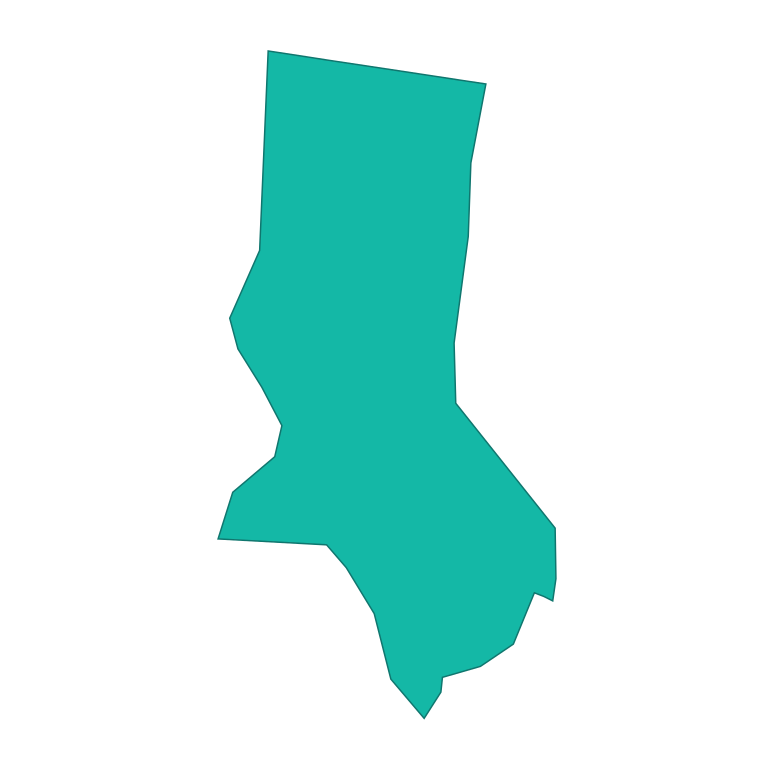 outline of Rubirizi, rotated 89°
{"feature_id": "UGA-5621", "entity_name": "Rubirizi", "entity_type": "District", "adm_level": 1, "iso_a3": "UGA", "parent_name": "Uganda", "parent_adm1": "", "projection": "orthographic", "projection_center": [30.01, -0.246], "detail": "fine", "context": "isolated", "style": "filled", "palette": "teal", "viewbox_px": 768, "rotation_deg": 89, "n_neighbors": 0, "source": "natural_earth", "source_scale": "10m", "svg_char_len": 559}
<svg xmlns="http://www.w3.org/2000/svg" viewBox="0 0 768 768"><g transform="rotate(89 384 384)"><path d="M49.0,494.0L56.0,453.0L59.0,435.8L75.3,339.0L81.3,303.8L85.8,276.9L164.5,293.3L238.0,297.2L344.3,313.2L404.5,312.6L531.1,215.4L581.7,215.5L603.8,219.1L599.2,227.9L595.4,237.3L646.3,259.2L668.0,292.5L678.3,330.7L693.1,332.5L719.0,349.7L679.2,382.3L613.4,397.8L567.0,424.9L543.8,444.2L536.0,552.6L489.6,537.1L454.8,494.5L423.8,486.8L385.1,506.2L346.4,529.4L315.5,537.1L248.3,506.0L49.0,494.0Z" fill="#14b8a6" stroke="#0f766e" stroke-width="1.5"/></g></svg>